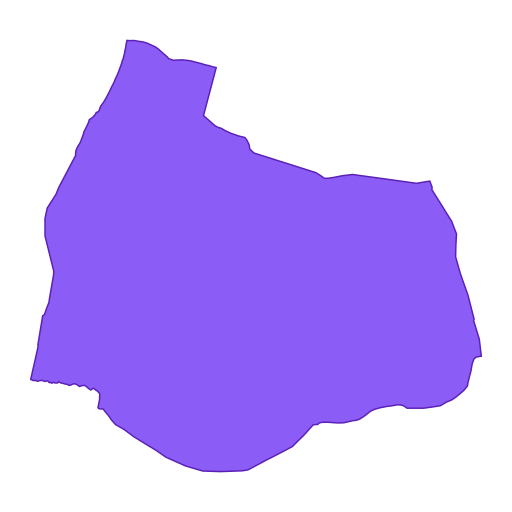 outline of Al Azariq, Al Dali', Yemen
{"feature_id": "15242507B92892578873791", "entity_name": "Al Azariq", "entity_type": "district", "adm_level": 2, "iso_a3": "YEM", "parent_name": "Yemen", "parent_adm1": "Al Dali'", "projection": "robinson", "projection_center": [44.595, 13.646], "detail": "fine", "context": "isolated", "style": "filled", "palette": "violet", "viewbox_px": 512, "rotation_deg": 0, "n_neighbors": 0, "source": "geoboundaries", "source_scale": "gbopen_adm2", "svg_char_len": 4530}
<svg xmlns="http://www.w3.org/2000/svg" viewBox="0 0 512 512"><path d="M30.7,379.4L33.4,380.6L34.5,380.5L35.0,380.4L35.5,380.4L35.9,380.6L36.7,381.0L37.4,381.3L37.9,381.2L38.6,380.9L39.4,380.7L40.2,380.6L41.6,380.3L42.1,380.4L42.8,380.7L43.7,381.1L44.4,381.2L45.0,381.4L45.6,381.4L46.1,381.2L46.5,381.1L46.8,380.9L47.4,380.9L47.7,381.0L48.1,381.3L48.4,381.7L48.8,382.1L49.1,382.4L49.5,382.6L50.0,382.5L50.4,382.4L50.8,382.5L51.0,382.6L51.2,382.9L51.7,383.1L52.2,383.0L52.5,382.9L52.9,382.4L53.4,382.5L53.9,382.6L54.7,382.8L55.4,383.0L56.2,383.0L57.3,383.0L57.7,382.9L58.0,382.5L58.4,381.9L58.8,381.7L59.2,382.0L59.6,382.3L60.2,382.6L60.7,382.9L61.6,383.1L62.2,383.2L62.9,383.4L63.8,383.6L65.3,384.1L66.4,384.2L67.3,384.4L68.0,384.7L68.7,385.3L69.4,385.4L69.9,385.2L70.9,385.0L71.7,384.7L72.4,384.2L73.7,383.9L74.6,383.9L75.2,383.9L76.1,384.2L76.4,384.3L77.2,384.8L78.0,385.4L78.8,386.1L79.7,386.5L80.6,386.1L81.7,385.8L82.9,385.5L84.1,385.4L84.8,385.6L85.5,385.9L86.3,386.5L87.1,387.2L87.7,387.8L88.4,388.3L88.8,388.7L89.4,389.1L90.4,389.8L90.9,389.9L91.4,389.7L91.9,389.4L92.9,388.5L93.3,388.3L93.5,388.3L93.9,388.3L94.1,388.6L94.4,388.9L95.0,389.4L95.6,390.0L96.6,390.6L97.3,391.0L98.0,391.8L98.6,392.3L99.1,393.0L99.5,393.5L99.7,394.2L99.8,395.0L99.7,396.6L99.5,397.6L99.7,398.8L98.3,405.9L98.1,406.6L98.0,407.2L98.1,407.9L98.6,408.4L99.6,408.9L100.4,408.9L100.6,408.9L101.3,408.9L102.2,409.0L103.1,409.1L103.8,409.8L104.8,411.2L106.9,413.7L108.5,415.6L109.6,417.1L110.2,418.0L111.1,419.5L113.0,421.7L115.3,424.3L115.5,424.6L123.8,429.3L134.2,437.0L145.3,443.8L155.7,450.1L166.1,457.3L185.6,466.0L202.7,471.0L220.4,471.6L242.4,470.8L247.8,469.9L249.1,469.3L267.0,459.7L274.8,455.8L292.1,446.7L292.3,446.5L292.5,446.4L298.0,440.9L303.5,435.6L313.1,424.9L314.8,424.6L317.8,424.4L318.5,423.6L319.4,422.9L321.6,422.4L327.1,422.2L329.8,422.4L335.3,422.8L336.2,422.8L336.6,422.9L338.8,422.9L341.1,422.9L342.0,422.8L343.7,422.8L350.6,421.2L353.3,420.6L355.5,420.4L357.6,419.9L359.8,419.0L361.5,417.9L363.3,416.8L365.5,415.2L367.5,413.6L369.3,412.1L371.0,410.9L372.9,410.1L375.2,409.1L377.1,408.6L379.9,407.8L382.0,407.4L384.6,406.9L386.4,406.5L388.5,406.2L389.9,406.1L392.3,405.7L393.1,405.6L396.7,404.9L398.8,404.8L400.8,405.0L402.2,405.3L404.3,406.2L406.2,407.6L407.1,408.2L422.2,408.2L423.6,408.2L434.3,406.7L440.4,405.7L440.6,405.6L446.4,402.1L451.8,399.9L455.6,397.3L459.8,393.9L463.8,390.4L466.9,386.7L467.2,386.2L467.7,384.5L468.0,382.3L468.6,380.2L469.1,378.1L469.6,375.9L470.6,372.5L470.7,371.8L471.0,370.7L471.7,366.6L471.9,365.5L472.3,363.4L473.2,361.1L474.0,358.9L476.4,357.0L481.3,356.2L479.3,339.2L473.6,320.5L474.1,319.2L468.0,295.3L460.2,273.2L456.9,261.3L455.6,256.8L455.9,244.9L456.5,234.0L451.6,221.2L445.2,211.0L443.2,207.7L431.9,189.7L432.1,187.2L429.8,181.1L416.4,183.3L385.5,179.0L352.5,174.5L342.5,175.7L333.8,177.4L327.8,178.3L324.3,178.3L320.8,175.7L315.9,172.7L275.3,159.8L253.9,153.0L249.8,149.0L249.0,144.4L246.7,139.8L245.0,137.6L242.9,137.0L240.3,136.4L237.8,135.7L235.9,135.0L233.6,134.2L231.6,133.6L229.6,132.7L227.5,131.7L225.4,130.8L223.1,129.4L221.4,128.3L218.3,127.5L215.1,125.8L203.5,115.6L216.2,67.6L215.9,67.5L213.8,67.1L211.3,66.4L209.4,65.7L207.3,65.3L205.4,64.8L203.1,64.2L201.1,63.5L199.1,63.1L197.2,62.5L195.2,62.1L194.7,61.9L193.0,61.4L191.1,61.0L188.8,60.6L186.8,60.3L184.5,60.1L182.6,59.9L180.7,59.9L178.5,60.0L175.9,60.1L173.4,60.3L168.8,58.7L167.4,57.1L165.7,55.5L163.7,53.9L162.1,52.4L160.6,51.1L159.0,49.6L157.4,48.3L155.6,47.1L153.8,46.2L151.9,45.3L150.0,44.5L148.2,43.5L146.0,42.8L143.9,42.2L141.9,41.7L139.8,41.5L137.5,41.1L135.4,40.7L133.3,40.5L131.4,40.6L129.1,40.6L127.0,40.4L126.7,41.7L126.1,44.4L125.8,46.9L125.3,49.2L124.8,51.4L124.5,53.5L123.9,55.7L123.2,58.6L122.3,60.8L121.7,63.0L121.0,65.1L120.2,67.4L119.3,69.7L118.5,72.0L117.6,74.0L116.8,76.0L115.8,78.0L114.9,80.0L114.1,82.1L113.1,84.1L111.9,86.3L110.9,88.5L110.0,90.4L108.7,93.0L107.7,94.9L106.7,96.8L105.7,98.7L104.5,100.7L103.2,102.8L101.8,104.6L100.5,106.4L99.8,108.5L99.1,110.7L97.6,112.1L96.3,112.4L95.1,114.7L93.2,116.8L91.6,118.1L89.3,119.7L88.7,121.8L87.8,124.1L86.9,126.0L85.9,128.0L84.9,129.9L83.9,131.9L83.4,134.0L82.6,136.4L81.7,138.6L80.7,141.4L79.6,143.7L78.2,145.7L77.1,147.9L76.0,150.5L75.6,153.4L75.7,155.3L59.0,187.0L56.0,194.3L47.3,207.9L45.0,218.4L45.0,221.6L45.0,235.9L53.8,271.3L53.5,275.4L49.9,296.0L48.9,302.5L46.3,309.1L46.0,310.1L44.8,313.4L44.5,314.5L42.7,315.8L37.9,344.6L38.1,344.7L38.1,345.0L37.9,347.4L34.9,360.9L30.7,379.4Z" fill="#8b5cf6" stroke="#5b21b6" stroke-width="1.5"/></svg>